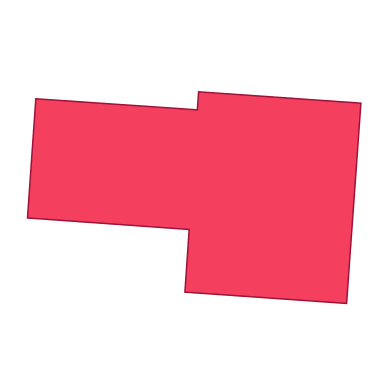 outline of Billings, North Dakota, United States of America, rotated 94°
{"feature_id": "52423323B93368423435894", "entity_name": "Billings", "entity_type": "district", "adm_level": 2, "iso_a3": "USA", "parent_name": "United States of America", "parent_adm1": "North Dakota", "projection": "mercator", "projection_center": [-103.321, 46.98], "detail": "fine", "context": "isolated", "style": "filled", "palette": "rose", "viewbox_px": 384, "rotation_deg": 94, "n_neighbors": 0, "source": "geoboundaries", "source_scale": "gbopen_adm2", "svg_char_len": 285}
<svg xmlns="http://www.w3.org/2000/svg" viewBox="0 0 384 384"><g transform="rotate(94 192 192)"><path d="M292.4,192.1L292.4,30.0L271.3,30.0L91.6,29.7L91.6,192.4L109.7,192.4L109.9,354.3L229.4,354.3L229.6,192.2L292.4,192.1Z" fill="#f43f5e" stroke="#9f1239" stroke-width="1.5"/></g></svg>